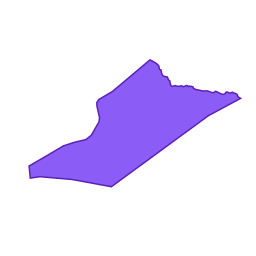 the district of Abu Radis, Janub Sina', Egypt, rotated 144°
{"feature_id": "37247803B44606701734202", "entity_name": "Abu Radis", "entity_type": "district", "adm_level": 2, "iso_a3": "EGY", "parent_name": "Egypt", "parent_adm1": "Janub Sina'", "projection": "mercator", "projection_center": [33.203, 29.047], "detail": "fine", "context": "isolated", "style": "filled", "palette": "violet", "viewbox_px": 256, "rotation_deg": 144, "n_neighbors": 0, "source": "geoboundaries", "source_scale": "gbopen_adm2", "svg_char_len": 1277}
<svg xmlns="http://www.w3.org/2000/svg" viewBox="0 0 256 256"><g transform="rotate(144 128 128)"><path d="M176.0,90.3L55.5,90.7L19.5,85.8L19.7,86.3L20.6,88.5L20.6,89.2L20.2,90.1L20.0,90.6L20.3,91.9L21.0,93.2L22.3,94.6L22.3,95.4L23.1,95.8L24.0,95.9L24.6,96.2L25.3,96.7L26.3,98.4L27.4,99.4L28.5,99.1L29.2,98.6L30.6,99.0L31.6,99.5L32.2,100.3L33.2,102.0L34.2,103.8L34.9,105.4L35.9,106.4L37.1,106.1L38.4,106.6L39.4,107.6L40.5,109.1L41.8,111.2L43.4,112.4L45.0,113.3L46.2,114.5L48.0,116.6L49.5,118.2L50.6,119.4L51.7,121.9L51.3,123.3L52.3,124.4L53.6,125.7L54.6,125.9L55.0,127.2L55.7,128.1L57.7,128.4L59.1,129.0L59.6,130.2L60.2,131.1L61.1,131.1L62.2,131.6L63.0,132.4L64.1,133.3L64.8,134.5L66.9,135.3L67.7,135.8L68.2,136.5L68.2,138.2L67.5,139.2L67.2,140.1L67.0,140.7L66.4,141.6L66.8,142.6L66.9,143.9L66.4,144.7L66.3,146.5L67.4,147.4L68.1,148.1L69.0,149.8L68.8,151.7L68.6,152.5L67.7,154.3L67.2,155.6L67.7,156.2L68.0,157.4L67.5,158.2L67.1,158.9L66.5,160.5L67.1,163.5L67.8,165.2L68.2,166.1L69.2,168.3L70.1,170.1L70.3,170.2L119.0,166.7L134.9,168.2L135.2,168.1L138.4,166.8L140.4,163.7L145.0,153.0L148.1,149.9L162.0,143.7L168.9,143.4L178.9,147.6L190.6,151.5L210.7,153.4L230.4,155.4L236.5,144.9L227.9,140.4L203.7,119.4L176.0,90.3Z" fill="#8b5cf6" stroke="#5b21b6" stroke-width="1.5"/></g></svg>